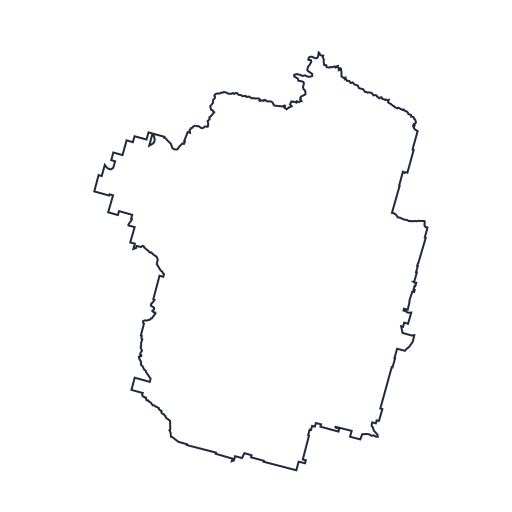 the district of Blayney, New South Wales, Australia, rotated 96°
{"feature_id": "25037944B69063028114827", "entity_name": "Blayney", "entity_type": "district", "adm_level": 2, "iso_a3": "AUS", "parent_name": "Australia", "parent_adm1": "New South Wales", "projection": "robinson", "projection_center": [148.985, -33.617], "detail": "fine", "context": "isolated", "style": "outline", "palette": "slate", "viewbox_px": 512, "rotation_deg": 96, "n_neighbors": 0, "source": "geoboundaries", "source_scale": "gbopen_adm2", "svg_char_len": 5976}
<svg xmlns="http://www.w3.org/2000/svg" viewBox="0 0 512 512"><g transform="rotate(96 256 256)"><path d="M423.0,116.0L421.0,116.5L417.6,120.3L413.8,122.2L413.1,123.1L411.4,123.3L409.3,123.0L409.9,119.3L406.9,118.8L407.2,116.5L395.1,114.3L394.7,116.4L352.3,109.4L352.5,108.6L345.7,107.4L343.1,107.0L343.0,107.6L333.5,106.0L334.7,97.9L333.0,96.9L330.4,94.2L325.0,91.2L318.2,90.3L318.8,92.9L317.2,102.2L310.7,104.3L311.1,102.4L306.8,101.6L307.5,97.7L296.0,95.7L296.5,98.4L296.3,99.6L295.3,101.2L294.8,103.6L292.9,103.3L293.6,99.5L285.5,98.5L284.4,98.8L275.0,96.8L275.3,95.0L273.1,94.6L272.9,95.8L269.2,95.2L269.3,94.4L265.9,93.8L266.0,95.4L265.2,96.7L265.1,96.0L255.6,94.3L255.5,95.2L249.1,94.0L249.0,94.7L246.0,94.1L245.9,93.8L220.2,89.1L220.0,90.1L209.9,88.4L209.5,89.2L209.6,90.3L207.9,91.7L204.9,91.7L204.1,92.2L204.2,91.4L203.6,92.3L204.1,98.3L204.7,100.1L204.5,101.7L205.1,103.8L204.9,105.0L205.3,105.7L205.0,107.2L205.3,107.8L204.4,109.4L204.3,112.6L202.8,117.0L202.8,119.0L200.2,121.1L199.0,123.7L198.9,125.3L171.2,120.5L171.1,121.0L156.8,118.7L157.2,117.5L157.8,117.0L156.9,115.3L157.3,114.1L134.1,110.3L133.9,111.3L131.5,111.1L114.9,108.3L113.4,111.4L112.4,112.2L111.3,112.3L110.8,113.3L109.6,113.4L109.4,112.0L108.0,112.6L107.5,111.4L106.4,110.9L103.6,112.0L102.9,113.3L101.4,113.7L101.1,114.5L101.3,116.2L99.5,116.6L99.0,119.2L97.5,120.0L96.6,121.1L96.0,123.3L94.8,124.5L95.5,125.5L93.6,129.9L94.4,130.8L93.5,133.4L92.8,134.0L92.2,135.7L90.9,137.4L89.7,140.4L89.1,140.8L86.9,140.3L87.2,141.1L86.9,142.8L87.4,143.6L86.9,144.0L86.6,146.8L85.2,147.6L85.0,148.2L86.3,150.0L85.5,150.8L84.9,152.2L83.7,152.9L83.5,154.3L84.0,155.9L81.7,158.1L81.5,161.3L81.9,162.1L81.3,163.4L81.4,164.8L79.0,166.8L78.3,171.1L75.9,172.6L75.0,176.3L73.3,177.9L73.3,178.5L74.1,179.9L72.2,181.6L72.3,183.9L70.8,184.8L71.0,186.0L69.2,185.7L69.7,187.8L68.3,189.8L64.3,190.2L60.8,191.1L60.5,191.7L62.2,192.0L62.6,193.0L60.9,193.0L59.9,194.4L58.4,194.4L58.6,195.1L60.2,196.5L59.2,197.6L60.2,199.4L60.3,201.5L60.9,202.5L60.8,205.5L58.9,206.1L59.0,208.1L55.8,209.0L53.5,209.1L51.3,210.3L49.7,210.1L49.8,212.1L49.1,213.7L47.8,213.9L47.1,214.9L51.2,215.1L52.7,216.0L53.2,217.5L52.0,221.2L52.1,222.7L52.8,223.9L54.6,224.6L55.6,224.2L55.5,221.9L56.9,221.3L59.9,222.4L62.3,224.0L65.5,224.5L66.5,223.8L68.9,219.4L69.9,218.9L71.2,219.0L72.0,220.8L72.3,223.2L71.2,226.1L72.1,228.5L71.4,230.4L70.8,234.4L71.8,236.9L72.3,237.0L73.5,236.7L75.2,233.0L77.3,232.1L77.4,229.4L77.9,227.2L79.1,226.4L83.2,226.9L85.0,226.2L86.5,224.3L89.7,223.7L90.4,224.1L92.6,227.7L93.6,228.4L94.9,227.9L95.3,228.5L95.7,228.3L97.2,227.0L97.8,228.6L98.4,229.1L97.9,231.6L99.2,231.8L98.5,234.2L98.9,235.3L98.5,236.3L98.6,237.0L101.7,238.0L103.4,236.2L104.9,238.8L106.9,240.9L105.4,243.4L103.8,242.7L103.3,243.2L104.5,245.6L104.5,253.3L104.0,254.1L101.7,255.5L100.8,257.1L100.8,259.1L101.2,260.6L99.8,263.5L100.1,264.4L100.9,264.6L100.5,265.5L101.4,268.6L101.2,268.9L99.8,268.5L99.0,269.8L99.5,273.7L99.2,275.4L99.7,276.6L98.2,279.4L98.8,281.9L98.7,282.5L97.8,283.0L98.5,286.2L97.5,287.7L97.5,290.3L96.1,291.7L96.0,293.3L97.1,294.5L96.4,296.1L97.3,297.6L97.5,300.8L96.8,301.6L96.2,305.0L97.2,306.4L97.1,307.6L98.1,308.8L98.5,311.6L99.2,313.3L101.0,314.2L102.0,313.4L103.2,313.4L105.1,314.9L108.4,314.9L111.9,317.2L115.2,316.0L115.8,314.1L116.9,313.7L117.4,312.6L121.6,315.4L123.0,316.9L124.8,316.4L126.9,318.2L129.2,317.4L132.3,317.4L132.6,318.1L132.4,319.6L132.7,320.5L134.4,322.2L134.5,323.7L132.8,326.8L133.1,327.8L132.8,330.4L133.7,331.9L135.0,332.5L135.7,334.1L136.7,334.3L137.6,335.2L140.3,334.5L139.9,336.9L149.5,339.5L149.6,338.7L152.0,339.3L151.9,341.1L156.3,344.5L157.5,344.7L158.5,346.2L158.4,348.5L157.5,350.4L153.2,352.5L149.6,357.1L148.7,357.7L147.9,359.8L147.0,359.6L145.3,370.1L147.0,370.3L149.7,369.2L151.7,368.9L153.5,369.2L155.1,370.4L157.4,373.7L145.0,371.7L144.3,375.8L151.6,377.1L149.6,389.3L155.7,390.4L154.5,396.8L169.6,399.3L168.0,408.7L175.8,410.0L176.5,406.0L183.2,407.2L184.9,409.1L184.9,411.2L183.7,413.6L181.2,415.9L192.6,417.8L192.0,421.0L208.7,423.6L211.2,408.3L210.0,408.0L210.6,404.5L228.0,407.6L229.7,397.6L225.7,396.9L228.0,383.4L231.9,384.1L232.1,383.3L233.2,383.5L238.1,386.2L239.0,386.0L239.9,379.7L255.7,382.5L256.4,377.8L261.8,378.7L260.6,376.1L258.5,375.8L259.1,371.4L257.9,370.1L258.0,368.7L259.1,368.2L262.3,363.4L263.5,362.3L263.4,361.3L263.8,360.7L263.5,360.4L265.8,357.5L267.0,354.9L269.9,353.3L274.3,353.9L280.4,349.3L281.2,347.8L283.0,346.6L283.6,345.6L286.4,346.1L285.7,349.9L309.7,353.6L310.3,352.3L313.7,354.4L313.9,355.0L316.3,355.4L318.1,352.0L319.8,351.8L321.5,353.4L322.9,351.6L322.6,350.6L323.6,349.9L329.0,353.2L329.0,353.8L330.5,355.0L331.6,358.0L331.7,360.0L332.6,361.5L335.1,360.9L335.2,360.4L347.0,362.2L347.3,361.3L349.8,361.3L350.7,360.9L350.8,360.4L354.7,361.2L357.6,360.8L358.9,361.2L362.2,359.5L364.3,360.7L365.9,360.9L366.3,360.8L366.5,359.8L367.6,359.7L368.4,361.9L370.1,361.5L373.6,359.1L376.0,359.2L377.5,357.3L380.7,355.3L381.5,353.7L383.0,353.2L389.0,348.0L392.3,348.5L389.7,363.9L402.2,365.9L404.1,354.3L406.0,354.8L407.6,353.7L407.8,352.4L408.3,351.9L408.4,350.5L410.4,350.2L411.1,349.4L410.9,348.0L412.0,347.2L412.8,345.3L415.3,343.1L415.2,341.7L416.3,340.0L416.5,338.6L417.1,337.9L417.4,336.7L418.8,336.4L420.1,333.7L420.9,334.0L422.0,333.3L422.8,332.4L423.0,331.1L424.3,330.1L424.7,329.2L426.3,328.7L428.4,324.9L429.1,324.2L437.5,323.1L438.3,323.9L440.8,322.4L444.7,321.7L445.0,320.1L449.0,313.6L450.4,304.9L451.3,305.0L455.7,275.3L456.9,275.5L460.0,258.2L462.6,258.6L461.6,256.6L457.3,255.9L458.4,248.8L453.3,246.9L454.6,239.6L456.7,239.9L458.8,226.9L459.8,227.1L464.9,193.5L456.1,192.1L457.0,185.6L453.9,185.1L453.5,188.2L429.0,184.5L428.8,185.4L423.1,184.5L423.3,183.1L419.1,182.4L419.5,179.6L415.9,179.0L416.6,173.7L419.0,174.1L422.0,155.6L418.9,155.2L418.3,159.0L417.6,159.0L419.9,142.6L425.9,143.6L427.5,133.1L422.2,131.8L421.5,127.9L421.6,124.4L422.7,122.5L422.1,120.3L423.2,117.7L423.0,116.0Z" fill="none" stroke="#1e293b" stroke-width="2"/></g></svg>